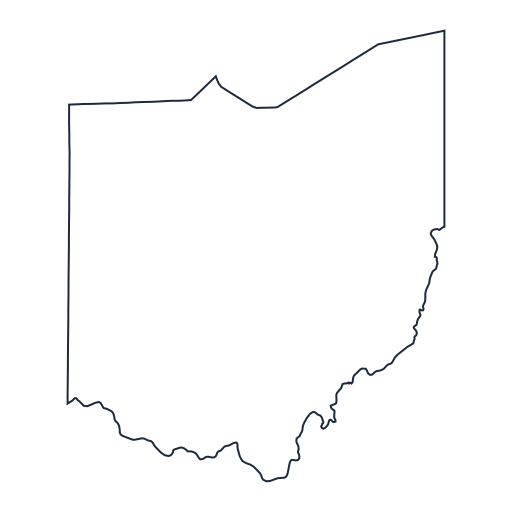 outline of Ohio
{"feature_id": "USA-3550", "entity_name": "Ohio", "entity_type": "State", "adm_level": 1, "iso_a3": "USA", "parent_name": "United States of America", "parent_adm1": "", "projection": "mercator", "projection_center": [-82.407, 40.365], "detail": "fine", "context": "isolated", "style": "outline", "palette": "slate", "viewbox_px": 512, "rotation_deg": 0, "n_neighbors": 0, "source": "natural_earth", "source_scale": "10m", "svg_char_len": 4575}
<svg xmlns="http://www.w3.org/2000/svg" viewBox="0 0 512 512"><path d="M215.8,76.3L216.5,78.4L218.7,83.6L221.3,86.9L228.7,91.6L239.1,98.1L252.6,106.6L256.4,107.9L275.3,107.5L277.6,107.0L290.2,99.2L302.8,91.4L315.3,83.5L327.9,75.7L340.5,67.9L353.0,60.0L365.6,52.2L378.2,44.3L389.5,42.0L400.7,39.7L412.0,37.4L423.3,35.1L434.6,32.7L444.4,30.7L444.4,43.1L444.4,55.5L444.4,67.8L444.4,80.2L444.4,92.5L444.4,104.8L444.4,117.1L444.4,129.4L444.4,141.6L444.4,153.8L444.4,166.0L444.4,178.2L444.4,190.4L444.4,202.5L444.4,214.7L444.4,226.8L443.1,227.2L439.2,230.0L437.7,229.1L435.5,229.2L433.2,229.9L431.6,231.2L430.7,233.5L431.4,235.5L434.3,239.4L436.2,243.3L437.0,245.3L437.3,247.0L436.9,249.6L435.1,254.1L434.9,256.8L435.2,256.8L435.7,256.9L436.3,257.2L436.7,257.6L436.8,258.1L436.7,259.4L436.7,259.9L437.3,262.5L437.4,264.0L437.0,264.7L436.2,268.3L435.7,269.0L433.3,270.9L432.5,271.8L430.6,276.3L429.8,279.0L429.2,283.0L428.4,285.1L426.5,289.1L425.6,291.9L425.3,294.1L425.3,298.8L425.1,301.4L424.4,303.0L423.6,304.4L423.0,306.4L423.1,307.1L423.4,308.1L423.5,309.1L423.0,310.3L421.9,310.4L420.7,309.8L419.7,309.6L419.4,311.4L419.6,312.6L420.1,313.9L420.4,315.1L420.2,316.1L418.6,318.1L418.0,319.1L417.5,320.4L417.2,321.6L416.8,323.8L416.3,325.0L414.4,326.2L413.7,327.2L414.2,328.6L415.6,330.1L416.5,331.5L416.8,333.0L416.3,335.2L414.9,336.3L414.5,336.8L414.4,337.3L414.6,338.6L414.5,339.1L413.5,342.2L413.3,343.4L407.3,346.9L397.6,354.6L394.7,357.8L392.7,361.5L391.4,363.3L387.9,364.6L386.4,365.9L383.9,368.7L382.5,369.5L380.8,370.3L378.9,370.8L377.0,371.0L375.2,371.8L372.2,374.6L370.1,374.9L368.4,373.7L367.2,371.5L366.4,369.5L365.6,368.7L361.9,368.6L360.5,369.3L353.9,375.7L353.2,377.7L352.6,382.1L351.5,383.5L350.8,382.9L350.3,382.7L349.8,382.9L349.1,383.5L348.5,382.6L346.6,383.4L344.4,383.5L342.6,384.0L341.3,387.8L337.1,392.8L336.4,394.5L336.3,395.9L336.5,400.1L336.3,402.7L335.6,403.7L331.3,405.5L330.7,405.6L330.7,406.0L331.1,407.5L331.4,408.2L332.0,408.9L332.7,409.5L333.2,409.8L334.4,410.6L334.5,412.6L334.1,416.7L334.7,418.6L335.5,420.3L335.5,421.6L333.8,422.1L332.8,421.8L331.3,420.1L330.2,419.7L329.3,420.3L328.8,421.6L328.1,424.3L327.0,425.9L325.3,427.7L323.4,428.7L321.8,427.9L321.2,426.6L321.3,426.1L321.8,425.5L322.1,424.0L322.3,423.6L322.7,423.5L323.1,423.1L323.3,422.5L323.2,421.7L323.0,421.1L322.7,420.5L322.3,418.8L321.5,417.0L320.3,415.6L317.6,414.5L316.2,413.2L314.6,412.1L312.5,412.1L309.7,414.2L306.8,418.1L304.3,422.5L302.9,425.9L302.3,430.5L301.9,431.6L300.7,433.5L299.7,436.1L298.0,437.3L296.6,438.6L296.3,441.3L296.9,443.2L297.7,444.7L298.4,446.6L298.7,449.4L298.1,451.0L298.0,452.2L298.8,454.1L299.2,455.5L299.4,457.1L299.3,458.2L298.0,460.0L296.0,460.4L291.8,459.8L290.6,460.8L289.6,463.3L287.7,473.1L287.1,475.1L285.8,477.0L284.2,477.7L277.7,478.2L270.3,480.9L266.4,481.3L263.3,479.8L263.2,479.7L262.3,478.4L260.9,474.8L260.0,473.2L253.7,466.7L250.3,464.6L246.3,463.2L242.4,461.0L239.9,456.7L237.8,449.3L237.5,447.1L237.5,444.9L237.2,443.3L236.2,442.5L233.9,442.9L228.6,445.6L226.4,445.9L224.6,446.5L223.2,447.9L221.9,449.4L220.7,450.6L218.3,451.5L217.7,452.1L217.2,452.9L216.3,455.3L215.6,456.4L214.0,457.4L212.1,457.5L208.1,456.7L206.1,456.9L204.8,457.7L203.7,458.6L200.5,459.4L199.9,459.1L198.8,457.8L196.7,454.4L196.1,453.6L195.0,452.8L192.5,451.7L191.2,451.4L188.1,451.4L187.3,451.0L185.9,449.6L184.2,448.4L182.4,447.7L180.5,447.5L174.3,449.5L173.3,450.2L172.9,452.3L171.8,454.2L170.3,455.5L168.5,456.0L164.7,455.2L161.2,452.8L155.3,446.8L154.0,445.0L152.8,442.9L151.4,441.3L147.7,440.3L144.2,438.6L142.1,438.3L134.3,439.8L132.3,439.6L122.6,435.9L120.6,434.4L119.8,432.5L119.7,429.8L119.4,427.5L118.9,425.5L118.0,423.6L117.1,422.5L115.9,421.5L114.9,420.2L114.4,418.6L114.3,416.7L113.7,414.6L112.8,412.7L111.5,411.2L107.8,409.3L105.7,408.5L103.9,408.2L103.0,407.2L102.0,405.2L100.8,403.1L98.9,402.0L95.2,402.8L87.6,406.2L83.9,405.9L79.4,401.3L78.1,400.5L77.7,400.1L76.5,398.5L75.8,398.1L74.7,398.3L73.9,399.0L72.5,400.5L67.6,403.6L67.6,394.4L67.7,385.2L67.8,376.0L67.9,366.8L67.9,357.6L68.0,348.3L68.1,339.1L68.2,329.8L68.3,320.5L68.3,311.3L68.4,302.0L68.5,292.7L68.5,283.4L68.6,274.0L68.7,264.7L68.8,255.3L68.9,246.0L68.9,236.6L69.0,227.2L69.1,217.8L69.2,208.4L69.2,199.0L69.3,189.6L69.4,180.1L69.5,170.7L69.5,161.2L69.6,151.7L69.3,143.0L69.3,133.7L69.1,123.3L69.1,113.9L69.1,104.6L75.2,104.4L83.5,104.0L91.0,103.9L98.2,103.7L105.7,103.4L113.1,103.4L120.1,103.0L127.5,102.8L134.9,102.3L142.4,102.0L149.4,101.9L157.0,101.6L163.7,101.2L171.2,100.8L178.7,100.8L191.0,100.1L204.5,87.2L215.8,76.3Z" fill="none" stroke="#1e293b" stroke-width="2"/></svg>